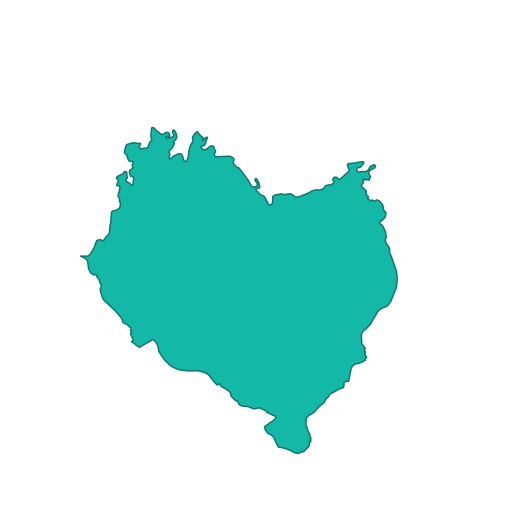 the district of Ban Haet, Khon Kaen, Thailand, rotated 44°
{"feature_id": "78962969B76194280377642", "entity_name": "Ban Haet", "entity_type": "district", "adm_level": 2, "iso_a3": "THA", "parent_name": "Thailand", "parent_adm1": "Khon Kaen", "projection": "albers", "projection_center": [102.747, 16.218], "detail": "fine", "context": "isolated", "style": "filled", "palette": "teal", "viewbox_px": 512, "rotation_deg": 44, "n_neighbors": 0, "source": "geoboundaries", "source_scale": "gbopen_adm2", "svg_char_len": 6147}
<svg xmlns="http://www.w3.org/2000/svg" viewBox="0 0 512 512"><g transform="rotate(44 256 256)"><path d="M406.8,255.2L406.5,255.3L406.0,253.9L406.0,252.1L402.9,251.4L401.6,249.2L399.3,248.5L399.0,246.8L392.6,245.3L386.4,239.4L385.0,235.5L385.8,232.4L385.7,225.6L382.2,211.4L382.4,206.8L384.3,203.1L385.1,200.9L384.6,195.2L378.7,180.9L374.1,175.1L370.7,171.9L366.5,168.8L352.5,161.8L349.9,161.0L347.2,158.0L345.4,157.3L341.8,156.7L338.6,155.4L337.6,154.5L336.6,151.8L334.1,150.4L332.9,148.8L332.2,148.4L331.2,148.4L327.8,146.8L324.9,146.3L323.1,146.7L322.0,146.2L321.4,144.9L322.0,142.9L322.0,138.5L319.7,134.8L319.0,134.9L318.5,134.4L315.9,134.4L313.6,132.2L312.6,132.2L312.0,131.4L311.4,131.2L306.8,130.6L303.9,131.8L303.1,134.6L300.9,134.8L300.7,136.0L299.7,136.7L298.3,136.6L296.8,137.2L295.8,136.6L295.9,135.4L294.9,135.1L294.3,135.4L293.4,135.2L292.5,135.4L290.1,132.6L285.4,132.6L284.4,133.0L283.3,132.6L282.9,132.1L281.9,128.0L280.0,127.2L280.6,125.7L280.2,125.3L280.6,125.1L281.7,125.5L282.8,123.8L284.0,123.3L284.1,122.8L284.7,122.6L283.8,121.3L283.5,119.5L280.0,118.5L278.7,117.3L278.6,115.0L280.2,110.0L279.7,108.6L278.7,108.0L277.8,108.2L277.3,108.7L275.9,112.1L277.1,116.5L276.2,119.3L273.3,121.8L271.6,124.3L271.0,124.7L269.6,124.7L268.3,123.8L267.8,122.8L267.9,121.7L269.3,119.9L269.5,119.1L269.0,114.5L268.6,113.8L267.9,113.6L266.8,114.4L261.3,121.9L258.3,125.3L258.2,126.4L258.8,127.3L263.1,129.3L263.8,130.5L263.9,131.7L263.1,142.8L262.2,143.3L259.9,143.3L258.7,143.8L257.9,144.5L257.5,145.6L257.5,146.6L258.2,147.7L259.1,148.1L260.7,148.3L261.0,150.1L260.3,153.0L258.9,154.3L257.7,156.2L257.3,158.1L257.7,161.1L255.7,164.7L253.7,166.3L251.9,168.6L251.2,170.1L249.8,174.6L246.0,183.1L244.2,185.5L243.2,186.3L238.9,186.7L236.9,187.9L234.0,191.9L230.9,193.9L227.3,199.0L226.8,200.5L226.8,201.6L231.2,206.4L231.0,208.9L230.4,210.0L228.8,210.3L222.1,207.7L220.2,207.5L215.6,209.0L213.1,208.5L210.8,208.8L209.5,207.9L209.3,207.4L211.1,205.2L210.9,203.8L207.2,201.3L202.8,200.1L202.2,200.4L202.0,201.0L202.6,202.2L206.3,202.9L207.3,203.6L207.8,204.4L207.8,205.5L207.3,206.8L205.4,209.0L203.9,208.8L198.0,207.0L182.9,204.5L179.7,205.5L175.7,205.2L174.7,204.5L173.1,201.8L172.4,201.4L171.4,201.3L168.4,202.1L167.7,202.6L157.9,212.8L157.2,212.8L155.1,211.6L154.7,209.6L153.9,208.5L151.9,208.1L149.8,206.7L148.4,206.9L147.5,207.7L146.6,209.2L146.3,213.5L144.5,216.3L144.0,216.4L140.8,216.0L140.2,215.5L140.2,215.1L141.6,213.2L141.9,211.3L141.7,210.3L140.3,208.3L139.3,205.4L138.7,204.6L138.2,204.6L137.7,205.4L137.6,207.5L138.0,208.9L137.4,209.9L136.5,209.5L136.2,208.0L135.7,207.6L131.1,208.0L127.5,207.3L127.2,207.8L126.9,210.9L127.6,213.9L128.0,214.8L130.7,216.9L132.5,223.1L135.0,227.4L138.7,232.2L140.2,235.8L140.2,236.6L139.2,237.1L137.5,237.3L133.2,234.9L131.5,234.6L130.6,234.9L129.3,236.3L128.2,238.7L127.3,241.6L127.1,245.6L126.6,246.1L126.1,246.2L123.1,242.5L121.5,241.8L120.5,240.8L120.7,237.0L120.4,235.2L119.1,231.6L118.8,231.3L117.5,231.4L117.0,231.0L117.5,228.0L116.8,226.1L115.8,224.9L113.3,223.3L110.5,222.4L109.3,222.5L108.9,223.5L110.0,225.0L113.4,226.4L113.6,226.9L113.0,229.0L110.3,233.3L109.0,233.6L108.1,232.8L108.2,232.4L110.4,230.6L110.5,229.5L109.6,228.8L107.3,228.0L106.4,228.5L105.3,230.0L104.6,233.2L103.6,234.2L97.3,235.0L93.8,234.7L92.9,235.0L92.0,235.8L92.2,236.7L96.9,242.6L100.5,245.1L100.4,247.5L102.8,253.3L102.8,254.2L101.0,255.7L98.8,258.8L98.0,259.2L97.3,259.1L96.2,258.4L95.6,257.4L95.2,255.5L94.1,255.5L92.7,257.3L90.2,258.8L88.6,260.3L85.8,265.3L85.7,266.3L87.2,269.7L89.7,273.2L92.5,273.1L97.1,275.4L98.6,275.8L100.2,275.3L100.8,274.0L101.4,273.6L102.3,273.6L103.8,276.6L106.3,278.3L106.4,279.1L105.7,281.7L106.4,283.5L110.2,285.7L112.5,284.4L113.4,284.6L114.6,285.5L115.5,287.2L117.6,289.7L117.7,291.0L117.0,291.6L114.4,291.4L112.1,292.2L110.1,292.2L109.3,291.3L109.3,289.6L109.0,289.0L106.8,287.5L105.3,285.8L103.9,285.6L103.2,286.1L102.7,287.0L103.1,289.4L101.2,294.7L101.1,296.2L101.8,297.1L104.0,296.9L104.8,297.3L106.2,301.3L106.7,301.8L107.4,301.7L109.2,300.6L110.5,301.0L115.1,308.9L117.7,309.5L119.2,310.6L119.6,311.5L121.1,311.7L123.3,313.9L124.1,315.3L124.3,316.3L124.2,318.7L123.8,319.9L121.6,323.3L121.6,324.8L128.8,333.5L129.8,335.5L134.5,341.2L134.9,342.9L134.8,346.4L135.5,349.2L135.3,351.0L135.1,352.0L132.8,352.1L131.1,354.6L130.8,355.7L133.7,362.3L135.4,369.2L135.3,372.9L129.6,378.0L134.8,376.4L136.6,376.2L138.1,376.6L139.5,377.5L144.0,381.2L148.1,382.9L151.9,382.6L153.9,380.7L154.7,380.6L157.1,381.8L159.1,381.8L162.7,383.9L163.8,384.2L164.8,384.1L166.1,385.8L166.3,386.8L167.6,388.7L170.6,390.6L176.4,393.4L192.7,393.2L201.6,394.0L204.6,394.9L205.5,395.8L207.0,396.2L210.7,394.9L212.5,394.7L214.0,395.0L215.1,394.5L216.0,394.5L217.3,395.3L217.1,396.3L217.5,396.8L219.8,397.8L219.7,399.0L220.1,399.3L226.0,401.5L226.0,404.0L233.7,403.1L235.6,402.6L239.9,387.5L243.8,387.6L245.9,388.1L248.2,389.0L252.4,392.1L256.6,393.2L263.0,394.4L271.4,394.3L275.4,393.0L280.4,390.9L287.7,385.2L294.0,378.8L300.4,375.3L303.2,374.6L305.5,374.6L313.8,375.7L317.6,375.8L318.4,374.2L318.3,373.3L318.6,373.0L319.3,373.5L321.6,374.0L326.1,372.8L326.7,372.2L328.2,372.6L329.6,372.1L332.8,372.2L334.1,372.8L334.9,373.9L335.5,374.2L341.1,374.1L341.7,374.4L342.3,373.5L343.1,373.6L343.6,373.2L346.3,374.5L348.5,374.3L350.9,373.2L355.0,369.7L360.0,367.8L361.2,366.9L364.0,362.7L372.0,360.2L372.4,361.0L375.6,359.7L378.6,359.0L380.2,358.0L381.1,357.9L383.1,359.1L382.4,364.6L381.8,366.0L381.7,368.7L380.8,371.6L381.0,372.9L383.0,374.5L387.9,375.3L390.7,374.2L393.6,374.0L395.2,374.3L402.5,377.3L405.0,377.9L406.3,376.8L410.7,374.1L416.4,371.8L420.3,370.8L423.8,368.6L424.0,367.1L426.2,363.4L426.3,355.9L424.5,353.4L423.4,352.4L424.3,351.5L422.4,349.7L422.5,349.2L418.8,347.6L419.0,347.2L414.6,345.5L411.4,343.7L411.2,344.2L409.3,342.8L404.8,337.8L404.7,334.4L406.3,328.4L406.0,321.5L406.6,315.7L406.9,315.1L405.7,310.2L405.9,306.8L405.4,305.7L405.3,303.6L408.6,292.8L410.3,289.8L408.9,287.6L407.5,286.5L407.4,286.1L407.9,283.5L409.5,281.8L409.4,281.2L402.4,270.6L401.8,267.5L402.5,264.5L404.9,261.3L405.2,259.8L406.2,258.1L406.8,255.2Z" fill="#14b8a6" stroke="#0f766e" stroke-width="1.5"/></g></svg>